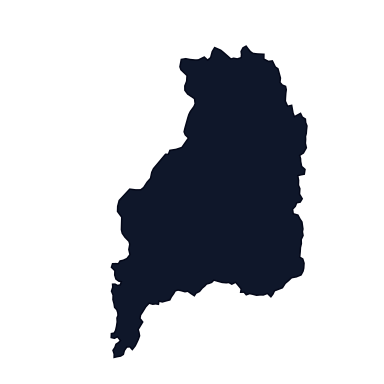 Catarina, Ceará, Brazil, rotated 339°
{"feature_id": "56859067B12131034549764", "entity_name": "Catarina", "entity_type": "district", "adm_level": 2, "iso_a3": "BRA", "parent_name": "Brazil", "parent_adm1": "Ceará", "projection": "robinson", "projection_center": [-39.929, -6.241], "detail": "fine", "context": "isolated", "style": "filled", "palette": "ink", "viewbox_px": 384, "rotation_deg": 339, "n_neighbors": 0, "source": "geoboundaries", "source_scale": "gbopen_adm2", "svg_char_len": 2985}
<svg xmlns="http://www.w3.org/2000/svg" viewBox="0 0 384 384"><g transform="rotate(339 192 192)"><path d="M229.5,64.4L225.6,70.8L225.5,73.9L229.1,81.5L226.7,86.7L223.3,90.4L221.8,94.5L223.1,99.1L227.8,105.7L226.6,110.7L224.5,112.9L219.4,116.2L216.9,118.5L214.9,121.0L208.2,130.0L206.2,133.0L206.2,136.2L208.1,140.3L198.5,146.8L192.4,146.5L186.3,145.2L183.4,148.4L180.8,147.3L164.4,156.4L161.5,159.2L158.2,164.4L153.7,166.7L148.5,170.5L144.9,171.6L140.3,169.9L134.9,167.0L127.2,170.8L121.0,173.8L117.5,178.7L115.5,183.5L117.4,190.3L112.6,201.9L112.1,205.5L113.2,210.1L115.5,215.5L115.2,218.5L112.4,223.1L111.7,228.2L107.5,230.8L103.4,231.1L100.1,230.6L97.6,232.6L95.0,231.5L92.1,230.5L89.8,233.4L91.8,237.8L90.1,241.8L89.8,246.0L91.7,249.0L93.9,250.4L91.8,253.0L89.0,252.6L87.1,250.4L84.8,249.6L83.9,252.5L81.3,255.7L81.4,260.0L79.6,264.2L79.2,268.3L78.4,272.0L79.6,274.9L79.5,277.9L78.7,280.7L76.8,282.7L75.6,286.5L73.3,290.5L71.0,293.9L68.8,295.8L66.0,295.3L64.4,298.9L67.2,300.8L70.5,300.4L72.0,305.0L69.6,306.2L66.5,306.9L64.3,309.5L61.5,311.5L61.3,315.3L60.0,318.5L63.0,318.9L66.6,319.6L69.7,319.0L72.0,315.8L75.5,313.4L78.5,314.2L79.8,317.7L83.8,315.3L86.1,313.2L88.9,310.5L91.5,307.5L92.2,304.0L92.4,301.1L99.4,295.7L98.1,291.4L99.9,288.4L103.0,286.2L107.7,282.6L112.1,280.4L115.1,282.7L118.0,283.4L120.4,284.8L122.0,282.0L124.9,284.0L128.2,284.3L132.6,284.8L135.0,282.6L138.6,280.2L140.9,278.3L143.8,278.5L146.5,280.2L149.7,282.6L152.5,283.1L154.7,286.5L157.0,289.7L159.4,287.9L163.4,287.5L167.1,285.4L170.3,284.3L172.6,283.1L175.4,283.4L178.0,283.4L180.8,282.1L183.4,284.0L187.7,287.2L191.4,289.0L194.0,289.7L196.1,292.3L200.4,291.9L203.2,300.1L201.5,303.0L204.7,304.2L205.8,307.4L209.4,307.5L211.9,309.1L215.2,311.5L218.8,312.5L221.7,313.7L226.1,313.7L228.1,318.1L231.0,316.3L233.6,313.8L237.9,313.8L242.1,313.8L246.3,310.7L250.4,309.3L254.2,307.7L259.0,308.6L264.1,308.5L267.3,305.7L269.0,303.2L271.1,298.6L271.4,294.2L269.2,291.4L271.6,286.5L273.4,282.6L275.6,279.4L276.9,275.5L280.1,272.4L280.8,268.7L282.3,266.3L283.9,259.4L283.1,255.8L282.6,251.5L278.7,248.6L279.7,244.1L283.3,242.4L285.8,239.6L289.4,240.2L292.5,237.8L291.6,232.5L293.9,227.5L293.8,223.8L295.7,219.2L296.6,214.6L299.9,215.0L303.2,215.6L305.6,211.4L303.5,207.4L304.4,202.4L305.3,199.7L305.6,196.4L310.0,195.5L314.6,191.7L315.3,187.1L316.9,183.7L317.9,180.7L319.6,178.4L321.0,175.4L323.0,171.5L323.0,167.9L324.0,164.5L321.8,161.6L321.5,157.5L314.6,158.4L314.6,154.5L316.1,146.8L312.0,146.2L311.7,140.6L312.9,137.8L314.9,133.5L316.7,130.2L317.2,126.9L314.6,124.5L313.4,121.2L315.4,117.3L316.0,111.5L316.4,107.7L314.6,105.2L314.3,101.9L314.0,98.4L310.2,97.5L306.7,93.6L308.5,89.2L302.2,86.4L298.5,84.4L296.8,81.8L295.6,78.2L294.8,75.2L291.2,75.7L288.2,78.4L287.5,81.4L286.1,84.2L282.0,84.0L278.8,82.0L276.0,81.8L271.4,73.0L269.6,69.9L264.9,65.3L261.2,68.2L257.6,73.2L253.8,74.5L251.8,70.4L245.3,71.0L242.4,70.0L237.8,67.7L233.9,65.3L229.5,64.4Z" fill="#0f172a" stroke="#020617" stroke-width="1.5"/></g></svg>